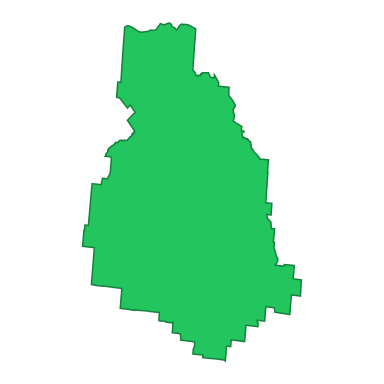 Flinders (Qld), Queensland, Australia (Equal Earth projection)
{"feature_id": "25037944B81088097646541", "entity_name": "Flinders (Qld)", "entity_type": "district", "adm_level": 2, "iso_a3": "AUS", "parent_name": "Australia", "parent_adm1": "Queensland", "projection": "equal_earth", "projection_center": [144.245, -20.889], "detail": "fine", "context": "isolated", "style": "filled", "palette": "green", "viewbox_px": 384, "rotation_deg": 0, "n_neighbors": 0, "source": "geoboundaries", "source_scale": "gbopen_adm2", "svg_char_len": 5665}
<svg xmlns="http://www.w3.org/2000/svg" viewBox="0 0 384 384"><path d="M300.4,296.1L301.4,279.9L293.2,278.8L294.3,265.5L284.2,264.5L284.0,266.2L282.0,266.0L281.9,266.0L281.7,266.1L281.5,266.3L281.2,266.3L280.9,265.8L275.1,265.1L276.3,263.5L277.8,260.9L277.8,259.5L277.7,258.7L276.8,256.9L275.6,253.1L275.1,251.4L275.1,251.1L274.7,250.0L273.9,246.8L274.5,242.4L274.0,241.9L273.3,242.0L273.9,237.2L274.6,228.9L271.3,228.5L270.9,222.1L267.5,218.3L266.7,214.5L271.1,215.0L271.9,203.4L265.9,202.8L266.4,193.5L267.9,172.4L267.6,172.5L267.5,172.0L268.4,159.8L259.6,159.1L259.7,158.6L259.6,158.0L258.3,156.6L257.8,155.8L256.4,154.1L255.0,153.1L254.4,152.2L253.8,151.5L253.1,150.4L252.9,149.6L252.3,149.2L251.3,147.4L251.0,146.6L251.0,146.4L251.0,146.0L250.9,145.7L251.1,145.0L251.3,144.8L251.2,144.5L250.9,144.1L250.8,143.9L250.8,143.6L250.7,142.9L250.7,142.5L250.5,142.1L250.2,141.7L249.9,141.4L249.7,141.2L249.4,141.2L249.2,141.1L249.0,140.8L248.9,140.6L248.5,140.3L248.3,140.2L248.1,140.0L247.9,139.8L247.9,139.2L247.8,138.8L247.6,138.7L247.3,138.7L246.8,138.5L246.7,138.6L246.5,138.9L246.4,139.1L246.2,138.9L245.8,138.7L245.6,138.7L245.4,138.6L245.4,138.4L245.2,138.1L244.8,137.9L244.6,137.6L244.4,137.5L244.1,137.4L243.8,137.4L243.2,137.7L243.0,137.9L242.8,137.5L242.7,137.2L242.6,136.9L242.6,136.2L242.5,135.9L242.3,135.8L242.1,135.8L241.9,135.6L241.8,135.4L241.8,134.8L241.9,134.6L242.0,133.9L242.2,133.5L242.2,133.2L242.4,132.9L242.7,132.6L242.9,132.1L243.2,131.9L243.4,131.8L243.5,131.7L244.0,131.8L244.0,131.5L243.9,131.1L241.4,130.9L241.7,126.4L233.3,121.3L233.3,120.9L233.6,120.2L233.8,119.3L233.8,119.0L233.9,118.8L233.9,118.3L234.1,118.0L234.1,117.3L234.4,116.6L234.4,116.3L234.4,115.4L234.3,115.0L234.3,114.5L234.3,114.3L234.3,114.2L233.4,112.6L233.3,112.3L233.4,111.9L233.3,111.4L233.4,110.9L233.3,110.6L233.3,110.2L233.7,108.6L233.9,108.4L234.2,107.9L235.3,106.2L235.2,105.0L232.6,100.4L228.7,95.3L228.9,92.2L228.7,92.1L229.1,87.3L218.4,86.2L218.7,82.4L214.4,74.8L214.3,77.7L211.5,77.6L210.4,77.1L208.4,72.7L202.0,72.8L201.4,74.0L200.8,73.9L200.7,75.5L199.3,75.4L199.1,75.2L198.9,75.1L198.3,75.3L198.1,75.7L196.2,75.7L195.8,74.9L195.7,74.2L195.5,73.6L195.2,73.1L195.0,72.4L194.2,71.9L194.2,71.3L193.4,71.0L193.0,70.4L192.8,70.3L193.8,55.8L195.1,37.2L195.4,34.2L195.4,33.7L195.7,28.9L189.0,25.2L189.0,25.4L186.7,24.6L185.6,24.4L184.5,24.4L183.1,24.7L182.7,24.2L182.3,24.0L182.2,24.2L181.7,24.4L181.1,24.4L180.4,24.9L180.1,25.3L179.4,25.6L178.7,26.7L177.9,28.6L177.2,29.5L176.7,29.9L176.0,29.4L175.3,28.7L174.8,27.9L173.9,27.4L172.9,27.1L172.2,26.7L171.7,26.0L171.6,25.3L171.5,24.4L170.8,24.0L170.0,23.3L169.1,23.1L168.3,23.0L167.6,23.4L166.9,23.8L166.2,23.8L165.8,24.4L164.9,24.8L164.2,24.7L163.5,24.7L163.0,24.5L162.8,24.4L162.2,24.3L161.9,24.2L160.8,23.7L160.4,23.6L160.2,23.7L159.9,24.3L159.7,24.8L159.3,25.3L157.8,27.2L157.1,28.2L156.4,29.4L156.0,29.8L155.4,30.2L155.1,30.3L153.9,30.2L153.4,30.3L152.8,30.4L152.4,30.3L151.9,30.1L151.3,30.0L150.8,30.0L150.0,30.3L149.6,30.5L149.1,31.0L148.6,31.2L147.9,31.4L145.1,31.8L140.9,32.2L138.3,31.4L135.7,29.7L133.6,28.2L131.4,27.0L129.6,26.2L127.8,25.6L124.7,27.1L122.5,57.3L120.9,82.4L117.8,82.0L116.6,97.4L119.4,97.7L127.5,108.1L130.3,105.1L135.1,112.4L127.4,120.3L134.4,130.8L134.5,131.1L134.7,131.7L134.7,131.9L134.7,132.1L134.6,132.3L134.4,132.5L134.2,132.5L133.8,132.2L133.6,132.1L133.3,132.3L133.3,132.5L133.4,132.8L133.6,133.2L133.6,133.4L133.6,133.5L133.4,133.8L133.1,134.0L132.8,134.0L132.4,133.8L132.1,133.9L132.0,134.0L131.9,134.2L131.8,134.5L131.9,135.4L131.8,135.6L131.7,135.9L131.3,136.2L130.2,136.6L130.0,137.0L129.2,138.1L128.7,138.5L128.4,138.8L128.0,139.2L127.9,139.5L127.6,139.6L127.4,139.8L127.2,140.2L126.9,140.4L126.7,140.5L126.1,140.4L124.6,140.1L124.0,140.2L123.4,140.6L123.1,140.8L122.4,140.6L121.8,140.2L121.6,140.1L121.2,140.2L120.9,140.3L120.6,140.3L119.8,140.5L119.2,140.8L118.8,141.1L118.6,141.4L118.4,142.1L118.3,142.3L118.0,142.5L117.7,142.6L117.0,142.7L116.8,142.7L116.5,142.4L116.1,142.3L115.9,142.3L115.4,142.5L114.8,143.3L114.5,143.9L114.4,144.1L113.7,144.6L112.8,145.6L112.5,145.7L111.8,145.9L111.6,146.0L111.2,146.4L110.9,146.7L110.6,147.0L109.8,147.4L109.4,147.9L108.9,148.3L108.6,148.7L108.5,149.5L108.2,149.7L107.7,150.1L107.6,150.3L107.6,150.7L107.6,150.8L107.7,151.2L107.7,151.3L107.7,151.6L107.6,151.9L107.5,152.1L107.1,152.8L106.8,152.9L106.1,153.6L105.9,154.0L105.8,154.3L105.8,154.6L105.7,154.9L105.6,155.2L105.5,155.9L105.3,156.2L105.2,156.3L110.7,156.9L111.4,157.8L110.9,164.8L110.2,172.9L107.4,178.8L102.5,178.2L102.4,179.5L102.3,179.9L102.2,179.9L102.1,180.2L101.4,182.9L101.3,184.7L92.4,183.7L92.1,183.7L90.9,196.9L88.4,225.4L84.9,225.0L84.5,230.4L83.9,230.3L83.5,235.7L82.6,246.3L94.3,247.7L92.5,271.2L91.7,280.2L91.5,284.6L94.2,284.9L94.2,285.2L102.8,286.3L103.0,286.0L110.6,287.0L110.8,287.0L111.0,287.1L121.9,288.4L121.2,296.5L120.2,308.3L121.7,308.5L122.1,308.4L122.3,308.6L127.6,309.3L134.5,310.4L134.5,310.0L148.5,311.1L149.0,311.4L159.4,312.5L158.9,320.6L160.7,321.1L161.7,321.0L164.0,321.2L165.8,321.6L165.8,322.1L172.7,323.0L172.9,322.3L173.1,322.4L173.0,323.1L172.9,323.1L172.6,328.3L172.3,332.7L180.2,333.7L180.8,338.2L180.7,340.1L194.8,341.9L194.4,346.5L194.5,346.5L193.4,348.4L192.9,354.0L202.8,355.0L202.7,357.6L206.0,358.0L207.7,358.2L215.6,358.9L218.3,359.2L223.2,360.0L223.8,359.7L225.3,361.0L226.0,352.9L226.5,346.1L230.7,346.6L231.2,339.8L244.6,341.6L244.9,337.9L245.0,337.7L245.5,331.0L245.9,325.2L257.9,326.7L258.1,322.6L257.1,321.3L257.2,320.2L264.6,321.2L265.6,309.1L265.9,306.7L274.3,307.8L274.9,312.2L280.7,313.1L280.9,313.1L289.8,314.5L290.6,304.7L291.4,294.9L300.4,296.1Z" fill="#22c55e" stroke="#15803d" stroke-width="1.5"/></svg>